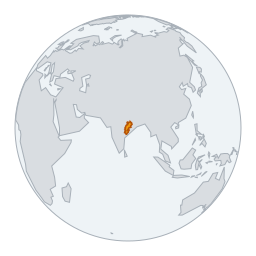 Chhattisgarh on an orthographic globe
{"feature_id": "IND-3260", "entity_name": "Chhattisgarh", "entity_type": "State", "adm_level": 1, "iso_a3": "IND", "parent_name": "India", "parent_adm1": "", "projection": "orthographic", "projection_center": [82.048, 20.958], "detail": "fine", "context": "on_globe", "style": "filled", "palette": "amber", "viewbox_px": 256, "rotation_deg": 0, "n_neighbors": 0, "source": "natural_earth", "source_scale": "10m", "svg_char_len": 12331}
<svg xmlns="http://www.w3.org/2000/svg" viewBox="0 0 256 256"><circle cx="128" cy="128" r="113" fill="#eef3f6" stroke="#a8b0b8"/><path d="M168.6,22.9L169.5,23.3L174.6,25.5L171.0,24.0L182.8,29.7L188.3,33.2L180.2,28.3L177.9,27.2L180.6,29.0L178.9,28.3L179.2,28.8L176.8,27.9L172.3,25.5L170.7,25.0L172.7,26.3L171.7,26.5L168.9,24.6L166.7,24.9L158.7,21.6L153.3,18.5L146.9,17.2L138.9,15.9L149.0,17.3L158.9,19.7L168.6,22.9ZM125.4,15.4L127.0,15.4L125.5,15.5L123.7,15.5L124.2,15.4L122.9,15.5L125.4,15.4ZM122.3,15.5L121.9,15.5L121.5,15.5L122.3,15.5ZM119.8,15.7L119.7,15.7L116.2,16.0L119.8,15.7ZM178.6,27.4L177.0,26.6L179.2,27.7L178.6,27.4ZM179.7,29.1L180.7,29.6L180.4,29.7L179.7,29.1ZM176.6,28.5L175.8,28.7L175.8,28.1L176.6,28.5ZM174.8,28.5L173.0,29.2L175.2,30.3L168.0,27.8L171.9,27.9L171.6,26.8L173.1,27.9L174.8,28.5ZM128.2,15.4L126.4,15.4L129.3,15.4L128.2,15.4ZM130.0,15.4L138.9,15.9L140.8,16.2L137.5,15.8L141.0,16.4L137.6,16.2L134.8,15.9L134.3,15.7L133.4,15.8L130.0,15.4ZM164.4,26.5L163.3,26.4L163.6,26.1L164.4,26.5ZM127.2,15.5L128.9,15.5L130.6,15.6L127.7,15.7L128.1,15.6L127.2,15.5ZM143.7,16.7L144.4,17.0L141.9,16.9L141.8,17.0L137.7,16.2L143.7,16.7ZM126.9,15.6L126.1,15.8L123.9,15.9L125.8,15.5L126.9,15.6ZM132.3,15.7L133.0,15.8L131.7,15.8L132.3,15.7ZM115.7,16.4L117.6,16.2L118.7,16.2L115.7,16.4ZM126.0,15.9L126.8,15.9L127.4,16.0L126.5,16.1L126.0,15.9ZM136.1,16.3L134.9,16.3L137.7,16.6L135.9,16.7L133.4,16.3L133.7,16.5L133.2,16.6L131.8,16.2L136.1,16.3ZM127.5,16.5L123.7,16.2L120.0,16.5L118.9,16.5L125.2,16.0L127.5,16.5ZM130.1,16.3L128.2,16.4L127.9,16.1L129.0,16.0L130.1,16.3ZM135.5,17.1L139.0,17.0L139.4,17.1L135.5,17.1ZM126.4,16.6L127.4,16.7L126.2,16.6L126.4,16.6ZM132.8,16.9L134.0,16.8L134.4,17.0L132.8,16.9ZM128.3,17.0L127.1,16.9L127.7,16.7L128.3,17.0ZM130.4,17.0L130.7,17.2L128.7,16.7L130.9,16.9L130.4,17.0ZM133.1,17.1L133.7,17.1L132.5,17.1L133.1,17.1ZM126.3,17.9L123.6,17.3L125.1,16.9L127.6,17.5L126.3,17.9ZM24.9,82.7L36.7,67.7L36.4,70.7L42.6,73.8L42.9,75.4L39.1,80.0L41.3,90.8L45.6,87.6L50.6,94.8L55.9,96.9L63.1,87.7L54.5,84.0L56.0,78.6L65.3,77.4L73.2,81.2L74.1,79.2L71.6,73.2L75.9,70.8L71.0,70.9L71.1,73.3L68.0,73.7L67.7,71.6L69.3,70.7L67.6,68.9L60.6,74.1L59.9,77.1L54.0,75.7L52.4,80.6L49.8,82.0L51.6,74.2L53.4,71.9L54.6,62.8L52.2,65.0L50.9,73.9L50.2,72.6L46.9,76.2L48.8,72.6L50.9,62.8L47.2,61.8L38.1,68.4L36.9,67.7L37.9,64.4L45.7,55.5L47.5,58.2L50.3,55.6L53.8,50.6L54.0,52.0L55.7,50.4L56.7,51.4L62.0,49.2L63.7,50.0L69.4,45.9L71.0,45.9L67.1,48.2L65.4,50.6L69.9,53.3L71.9,52.9L75.2,50.1L76.1,51.4L78.7,48.4L83.1,49.0L79.9,45.9L83.8,43.1L88.4,41.9L89.1,40.5L81.6,42.5L79.1,43.9L77.8,45.9L70.5,49.8L68.2,49.6L73.7,43.8L70.9,43.2L76.4,39.4L93.4,35.6L98.7,36.1L99.7,42.5L96.4,43.8L94.4,42.0L92.9,46.1L94.6,44.6L95.3,45.8L99.1,43.9L99.8,44.7L102.3,41.6L103.6,42.4L102.0,44.4L108.7,42.7L112.3,44.1L113.5,43.4L113.8,42.2L118.2,45.0L118.9,44.4L117.7,43.2L118.3,41.2L121.1,38.9L122.5,40.0L121.6,40.9L122.0,44.9L119.5,47.6L120.4,47.8L122.8,45.8L122.4,40.9L123.7,39.3L124.4,41.4L124.2,40.5L125.3,40.0L127.7,40.7L127.1,38.4L137.1,33.2L142.6,34.4L142.1,36.6L150.5,35.2L156.1,37.3L155.0,36.1L158.3,35.1L156.6,34.3L156.3,33.7L164.0,31.6L166.8,32.2L168.9,30.6L168.3,30.1L166.3,29.5L168.0,27.8L175.2,30.3L176.1,31.4L179.9,32.5L181.5,34.9L184.5,37.6L183.9,40.0L186.4,42.3L187.6,42.5L191.9,46.0L196.4,52.9L187.3,46.2L179.5,37.1L182.2,40.5L180.0,39.5L179.9,40.7L182.0,43.3L183.2,43.7L178.3,48.1L180.0,56.1L183.8,55.2L187.3,57.4L192.6,67.4L189.7,82.4L194.4,86.8L195.5,90.0L193.1,92.3L191.5,87.7L188.1,86.4L187.5,83.6L183.2,86.3L182.2,82.5L179.3,86.8L181.6,89.6L185.8,88.4L183.7,94.2L189.4,99.1L191.3,105.6L185.8,118.1L178.4,122.5L178.2,124.7L174.7,122.6L170.8,127.1L178.2,138.4L178.3,141.8L171.7,148.9L171.4,146.4L161.9,140.9L160.8,149.1L168.0,155.3L170.5,162.9L165.3,160.9L162.7,154.2L159.3,152.0L159.8,145.0L156.1,134.6L150.8,136.8L150.8,132.5L144.9,124.0L137.0,126.8L124.7,137.9L123.8,148.7L119.2,153.2L112.0,137.3L110.8,126.7L106.9,127.4L100.5,117.9L85.7,115.3L84.8,112.4L81.7,113.1L77.4,109.5L76.5,104.7L73.3,104.4L76.2,117.0L79.7,117.5L84.3,113.8L84.3,118.1L88.6,122.6L79.5,131.2L59.5,135.7L59.5,127.5L54.8,102.6L56.1,100.3L56.2,100.1L56.2,99.5L53.7,103.0L53.6,98.3L53.9,114.9L53.1,121.6L59.2,136.1L58.1,137.1L60.7,140.4L71.4,139.9L71.0,142.5L64.7,153.5L51.7,166.0L54.6,177.3L55.6,186.0L50.2,189.3L53.3,196.3L50.9,197.2L52.5,200.9L52.0,203.6L50.3,205.3L44.4,201.8L42.0,198.3L35.8,190.0L26.3,171.1L25.6,164.4L24.1,158.1L20.2,141.6L20.9,134.6L20.3,130.6L18.9,129.8L18.6,125.0L18.0,123.9L15.7,120.0L16.0,115.7L17.3,107.2L19.2,98.9L21.7,90.7L24.9,82.7ZM29.3,76.8L28.2,78.7L29.3,76.8ZM79.6,90.7L85.7,92.7L86.5,85.8L89.0,86.1L88.4,83.8L86.6,85.3L85.6,79.1L89.6,78.1L90.6,75.4L88.6,74.6L81.6,77.5L82.9,86.2L80.0,88.3L79.6,90.7ZM63.6,41.8L62.7,43.2L60.5,44.6L58.4,44.4L61.6,42.3L63.6,41.8ZM62.0,45.0L68.1,39.8L69.6,40.0L67.7,40.7L68.1,41.4L65.2,42.7L60.8,48.4L58.5,50.0L55.9,48.2L58.0,47.8L58.7,46.3L62.0,45.0ZM80.7,29.0L83.4,27.5L83.3,29.7L80.9,30.9L78.6,30.5L80.2,29.0L80.7,29.0ZM112.7,16.4L112.4,16.5L111.3,16.6L112.7,16.4ZM103.9,18.0L105.4,17.7L105.1,17.7L109.4,16.9L110.5,16.7L115.6,16.1L121.9,15.6L123.4,15.6L122.7,15.9L121.4,16.0L120.9,15.8L119.5,16.2L117.7,16.1L116.5,16.3L107.4,17.4L108.1,17.2L101.9,18.5L101.4,18.5L103.9,18.0ZM114.1,22.5L114.0,21.6L111.0,23.6L109.2,22.9L109.0,23.2L106.5,23.2L103.1,23.9L102.7,23.5L101.5,23.9L99.9,24.1L98.1,24.6L96.8,24.1L94.6,24.8L95.3,24.2L91.8,25.6L93.8,24.4L91.8,24.7L90.9,25.7L88.3,23.5L85.6,24.0L82.2,25.2L86.2,23.4L91.8,21.4L97.7,19.8L99.7,19.8L101.1,19.2L102.5,19.1L100.8,19.6L104.2,18.8L104.9,18.8L110.1,18.4L114.7,17.5L116.7,17.4L115.3,17.8L118.3,17.5L116.9,18.3L118.4,18.4L118.5,19.4L114.9,20.4L116.7,20.4L116.9,21.4L114.1,22.5ZM126.2,18.2L122.4,19.2L119.5,19.5L120.5,17.7L119.4,17.5L120.0,16.7L124.1,16.4L123.6,16.6L124.0,16.8L122.5,16.8L124.1,17.0L123.4,17.4L124.4,17.6L122.8,17.9L126.2,18.2ZM45.0,74.2L45.6,74.9L46.8,75.5L44.8,77.9L45.0,74.2ZM46.3,67.5L47.0,67.6L44.8,71.0L44.2,70.4L46.3,67.5ZM49.4,65.0L47.3,67.4L48.1,65.7L49.4,65.0ZM68.1,48.3L69.1,48.5L68.5,49.2L67.0,50.0L68.1,48.3ZM104.7,29.5L105.1,28.6L105.9,28.5L108.8,26.8L110.4,27.3L109.2,28.6L104.7,29.5ZM60.6,88.8L57.9,90.0L57.6,88.8L58.6,88.6L60.6,88.8ZM50.1,83.8L51.6,86.2L49.6,84.4L50.1,83.8ZM106.9,29.8L107.9,29.0L108.1,29.7L106.9,29.8ZM111.6,27.7L112.1,28.4L110.9,27.2L111.6,27.7ZM111.1,232.9L113.1,233.7L111.3,233.6L111.1,232.9ZM71.1,188.7L69.5,202.3L65.1,201.2L62.6,196.6L62.0,188.0L66.5,186.7L68.2,183.0L71.1,188.7ZM194.7,177.2L197.4,177.2L197.3,177.7L194.7,177.2ZM192.0,176.1L195.1,175.7L191.3,177.2L192.0,176.1ZM196.3,175.5L199.6,174.0L200.9,173.0L200.6,174.0L196.3,175.5ZM189.8,176.5L177.3,178.0L172.3,177.3L173.6,175.4L181.8,175.0L189.8,176.5ZM173.2,175.4L165.3,171.1L153.7,157.0L157.9,157.1L169.8,165.2L169.1,166.8L173.9,170.4L173.2,175.4ZM191.8,163.9L191.0,168.6L184.3,169.2L181.1,168.9L179.0,163.2L180.2,160.0L182.8,159.8L192.3,148.0L195.7,150.1L192.9,154.9L195.7,158.5L191.8,163.9ZM124.3,149.7L127.2,156.2L124.7,157.1L124.3,149.7ZM195.6,140.1L192.1,145.3L195.2,138.6L195.6,140.1ZM197.1,134.0L197.6,136.3L195.9,134.3L197.1,134.0ZM178.6,127.9L175.8,128.8L175.5,127.1L178.9,125.1L178.6,127.9ZM192.7,111.2L193.5,116.1L193.3,117.8L191.7,115.0L192.7,111.2ZM121.6,35.1L115.8,36.7L112.7,38.7L112.6,40.8L110.3,38.7L115.1,35.6L121.6,35.1ZM135.0,33.2L135.1,31.6L136.7,32.1L136.9,32.5L135.0,33.2ZM133.9,32.4L131.0,31.0L132.1,30.0L134.2,31.3L133.9,32.4ZM118.8,29.8L116.9,30.2L116.9,29.5L118.8,29.8ZM201.4,213.3L203.9,210.6L206.0,209.1L202.9,212.0L201.4,213.3ZM200.8,205.4L182.2,215.1L178.7,215.1L181.0,212.4L180.5,205.2L181.8,205.2L182.7,199.9L194.5,193.0L203.3,182.1L208.3,181.4L213.0,173.5L217.7,172.5L215.4,178.4L219.2,180.2L224.3,167.0L224.0,178.7L225.0,181.6L222.2,188.8L210.9,203.9L206.8,207.8L207.2,207.1L205.2,208.9L203.7,209.3L205.2,205.9L203.1,207.7L206.2,204.2L202.7,207.6L203.0,205.5L200.8,205.4ZM236.8,154.9L237.1,154.0L237.1,154.4L236.8,154.9ZM201.3,176.4L205.3,172.1L207.2,171.4L201.3,176.4ZM236.9,153.7L236.5,154.1L236.6,153.4L236.9,153.7ZM237.1,152.1L237.2,151.1L237.1,153.1L237.1,152.1ZM236.5,150.9L236.9,152.0L236.5,151.1L236.5,150.9ZM236.2,151.5L235.8,151.1L235.8,150.8L236.2,151.5ZM229.3,157.3L231.1,161.7L229.2,162.7L227.2,160.3L224.8,164.6L219.9,165.9L221.3,163.4L220.8,160.4L215.2,160.9L214.1,159.1L216.3,157.0L212.3,156.4L216.7,154.3L218.3,158.2L220.7,154.0L224.4,153.5L227.7,153.6L230.0,155.7L229.3,157.3ZM216.3,163.9L217.0,163.7L216.3,165.2L216.3,163.9ZM235.0,149.5L235.6,151.0L235.4,151.6L235.1,151.6L235.0,149.5ZM230.6,154.7L233.2,149.7L233.7,149.5L231.9,154.5L230.6,154.7ZM232.8,147.7L233.8,147.6L234.2,149.3L234.0,150.0L232.8,147.7ZM207.5,162.2L207.2,163.5L206.0,162.8L207.5,162.2ZM209.0,161.1L212.5,161.6L208.7,162.2L209.0,161.1ZM197.6,159.3L198.7,161.9L202.3,159.4L199.5,162.6L201.8,166.8L200.9,168.8L198.7,164.1L197.6,169.6L196.0,169.8L195.3,165.4L197.0,159.6L198.6,157.0L205.1,154.8L197.6,159.3ZM209.1,157.6L208.1,154.5L208.8,152.0L209.9,153.6L209.1,157.6ZM205.0,146.9L202.0,143.5L199.6,145.5L204.2,139.0L206.3,143.4L205.0,146.9ZM202.1,138.7L199.9,140.5L202.0,136.9L202.1,138.7ZM199.1,139.3L198.6,136.6L200.5,136.6L199.1,139.3ZM203.3,138.6L203.2,133.8L204.4,136.4L203.3,138.6ZM197.1,130.6L201.6,134.4L196.2,133.4L194.7,124.4L197.0,123.8L197.1,130.6ZM201.6,92.5L200.4,90.1L202.0,89.2L202.4,91.1L201.6,92.5ZM206.3,84.8L202.1,88.2L198.5,91.3L200.2,92.2L200.4,96.6L197.3,93.1L198.9,87.9L201.8,86.3L201.1,82.8L202.5,80.0L200.4,75.9L200.7,73.9L203.5,77.2L206.3,84.8ZM199.4,74.2L196.3,67.0L199.9,67.4L201.4,69.0L201.3,72.1L199.4,71.7L199.4,74.2ZM196.6,65.5L194.7,65.2L186.1,55.8L185.2,54.0L193.6,60.8L192.3,60.9L193.8,63.3L196.6,65.5ZM164.2,27.0L163.4,26.5L164.6,26.8L164.2,27.0ZM155.3,33.4L155.1,32.6L156.6,32.8L155.3,33.4ZM155.5,30.6L153.9,30.8L155.0,30.1L155.5,30.6ZM150.5,31.5L153.0,30.7L151.5,32.2L150.5,31.5Z" fill="#d9dde1" stroke="#a8b0b8" stroke-width="1"/><path d="M129.9,122.2L130.0,122.1L130.2,121.9L130.3,121.8L130.3,121.7L130.4,121.8L130.5,121.8L130.6,122.0L131.0,122.4L131.0,122.5L131.1,122.8L131.4,122.9L131.4,122.7L131.5,122.7L131.5,122.8L131.4,123.0L131.4,123.3L131.5,123.3L131.5,123.2L131.6,123.3L131.6,123.5L131.7,123.8L131.7,124.0L131.8,124.0L131.8,123.9L131.9,124.0L132.0,124.0L132.1,124.3L131.9,124.5L131.7,124.7L131.5,124.8L131.5,125.0L131.4,125.2L131.0,125.4L130.9,125.5L130.7,125.7L130.8,125.8L130.7,125.9L130.7,126.0L130.8,126.1L130.8,126.3L130.7,126.3L130.4,126.8L130.3,127.0L130.5,127.2L130.4,127.2L130.2,127.3L130.1,127.6L129.9,127.7L129.7,127.6L129.4,127.6L129.1,127.6L129.1,127.8L128.9,128.0L128.7,128.2L128.5,128.4L128.6,128.6L128.5,128.8L128.6,129.0L128.7,129.3L128.7,129.5L128.7,129.8L128.8,129.8L129.0,129.8L129.2,130.1L129.1,130.3L129.0,130.2L128.9,130.2L128.6,130.1L128.4,130.2L128.3,129.9L128.2,129.9L127.9,129.8L127.8,129.7L127.7,129.8L127.6,130.0L127.8,130.2L127.8,130.3L128.0,130.3L128.0,130.5L128.0,130.8L128.1,131.0L128.2,131.3L128.2,131.5L128.3,131.7L128.3,131.8L128.3,132.0L128.2,132.1L128.2,132.3L127.9,132.4L127.9,132.5L127.7,132.6L127.8,132.6L127.7,132.8L127.5,133.0L127.4,133.1L127.2,133.2L127.2,133.3L127.0,133.5L126.9,133.7L126.9,133.8L126.9,134.0L126.5,134.2L126.3,134.1L126.1,134.2L126.0,133.9L125.9,133.7L126.0,133.5L125.9,133.5L125.8,133.4L125.7,133.4L125.7,133.5L125.5,133.4L125.6,133.2L125.4,132.9L125.3,132.7L125.1,132.6L124.9,132.6L124.8,132.4L124.7,132.4L124.8,132.2L124.7,132.0L124.7,131.9L124.8,131.7L125.0,131.3L125.1,131.2L125.3,131.1L125.5,131.2L125.5,131.3L125.7,131.2L125.8,131.0L125.9,130.9L125.7,130.8L125.6,130.7L125.4,130.5L125.3,130.4L125.2,130.2L125.1,130.3L125.0,130.2L125.2,129.8L125.2,129.6L125.0,129.4L125.3,129.3L125.4,129.2L125.4,128.9L125.4,128.7L125.2,128.7L125.3,128.5L125.3,128.3L125.3,128.1L125.2,128.0L125.0,127.9L125.1,127.6L125.3,127.5L125.4,127.4L125.5,127.4L125.5,127.2L125.6,126.8L125.6,126.5L125.6,126.4L125.8,126.3L125.8,126.2L125.9,125.8L126.0,125.7L126.0,125.8L126.1,125.7L126.3,125.4L126.3,125.2L126.5,125.0L126.8,125.0L127.1,124.9L127.3,124.9L127.4,124.7L127.5,124.7L127.5,124.3L127.7,124.2L127.8,124.1L127.8,123.9L128.0,123.8L128.2,123.7L128.3,123.4L128.2,123.4L128.0,123.2L127.9,123.2L127.7,123.0L127.5,122.9L127.3,123.0L127.2,123.0L127.2,122.9L127.3,122.7L127.3,122.4L127.2,122.4L127.3,122.2L127.5,122.4L127.8,122.3L128.1,122.4L128.3,122.4L128.7,122.4L128.8,122.5L128.9,122.4L129.1,122.3L129.1,122.2L129.3,122.2L129.5,122.1L129.8,122.2L129.9,122.2Z" fill="#f59e0b" stroke="#b45309" stroke-width="1.5"/></svg>